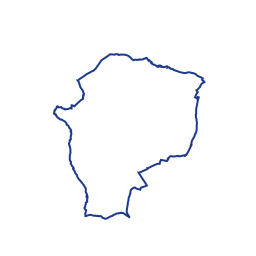 the district of Loamnes, Sibiu, Romania, rotated 140°
{"feature_id": "2599482B40985345258725", "entity_name": "Loamnes", "entity_type": "district", "adm_level": 2, "iso_a3": "ROU", "parent_name": "Romania", "parent_adm1": "Sibiu", "projection": "albers", "projection_center": [24.042, 45.956], "detail": "fine", "context": "isolated", "style": "outline", "palette": "blue", "viewbox_px": 256, "rotation_deg": 140, "n_neighbors": 0, "source": "geoboundaries", "source_scale": "gbopen_adm2", "svg_char_len": 5613}
<svg xmlns="http://www.w3.org/2000/svg" viewBox="0 0 256 256"><g transform="rotate(140 128 128)"><path d="M174.7,187.2L175.5,186.5L175.5,186.4L175.3,185.8L174.7,185.2L174.6,184.9L174.7,184.3L175.1,184.0L175.0,183.6L175.1,183.1L175.0,182.5L175.3,181.6L175.1,181.4L175.2,181.1L175.0,180.8L174.7,179.7L174.8,179.2L174.6,178.7L174.4,178.3L174.2,177.7L173.4,177.1L173.2,176.3L172.5,174.6L172.2,173.4L172.1,172.4L172.2,170.9L172.5,170.4L172.9,170.0L172.2,168.2L172.3,167.6L172.8,166.4L173.0,165.8L172.9,165.2L172.7,164.8L172.9,164.0L172.9,163.2L173.0,162.9L173.5,162.1L173.8,162.1L174.2,162.3L174.3,162.2L174.4,161.6L174.7,160.6L175.0,160.0L177.9,157.9L178.1,157.5L178.6,156.6L178.9,156.2L179.5,155.9L180.3,156.1L180.7,156.0L181.4,155.0L182.0,154.6L182.4,154.5L183.3,153.9L183.9,152.9L183.9,152.2L184.8,151.0L184.7,150.5L185.4,149.6L185.6,149.0L186.3,148.1L186.5,147.8L187.2,147.2L187.5,146.5L188.0,146.0L190.3,144.4L191.0,143.3L191.9,142.5L193.4,140.4L193.4,138.9L193.5,138.5L193.9,138.2L194.5,137.9L194.6,137.7L194.7,137.4L194.7,136.9L195.1,136.1L195.3,134.5L195.2,133.4L195.4,132.4L195.5,132.1L196.3,132.1L196.6,131.1L196.5,129.7L197.3,127.4L197.4,124.9L198.0,123.7L198.5,121.4L198.5,114.5L198.7,112.4L199.0,110.5L199.1,110.4L199.0,109.4L199.3,108.7L201.2,106.5L201.7,105.6L201.7,104.9L202.3,103.6L202.2,103.5L202.3,103.2L202.8,101.9L203.0,101.7L203.1,101.8L203.3,101.9L203.5,102.3L203.8,102.3L204.1,101.8L204.1,101.2L204.2,100.9L204.1,100.3L204.8,99.8L205.0,99.8L205.4,99.3L205.9,99.0L206.1,98.7L206.5,97.8L207.3,97.7L208.0,98.0L208.4,97.9L209.2,96.8L210.2,96.3L211.0,95.7L211.6,95.1L212.5,95.0L213.1,94.1L213.1,92.8L212.9,92.1L213.0,91.7L213.7,91.5L215.2,90.1L216.0,89.7L216.1,89.4L216.5,88.9L216.9,88.2L217.2,87.9L216.2,87.3L214.1,86.5L213.0,86.0L212.0,85.0L211.7,84.6L211.2,83.5L210.6,82.8L209.8,82.3L209.4,81.9L209.3,81.5L208.9,81.1L208.7,80.8L208.4,80.6L207.8,80.4L207.7,80.1L207.4,79.8L207.4,79.5L206.8,79.1L206.6,78.9L205.7,78.2L205.2,77.4L205.3,77.0L205.2,76.6L205.2,75.9L205.0,75.2L204.5,74.6L204.1,73.5L203.6,72.9L203.0,72.6L201.2,72.1L198.6,71.6L197.3,71.1L196.9,70.8L196.3,70.8L194.6,70.6L193.5,70.1L191.7,69.7L190.1,68.9L189.8,68.8L189.6,68.7L190.0,68.7L189.1,68.1L188.0,67.7L187.8,67.4L187.4,67.2L187.3,66.8L186.4,66.1L184.4,59.0L184.1,59.2L183.6,62.6L182.9,64.6L181.9,65.7L176.3,70.6L175.8,71.2L174.1,72.3L172.6,73.9L171.3,74.6L170.0,75.3L169.1,76.0L168.3,76.3L168.1,76.7L167.4,77.2L166.8,77.9L165.3,78.7L164.5,78.9L161.5,78.4L160.9,77.7L160.6,76.3L158.2,72.9L157.7,73.3L156.7,73.8L155.9,73.8L154.3,73.1L150.6,71.8L150.2,73.4L150.0,75.3L149.5,80.1L148.7,86.2L148.6,86.9L148.4,86.7L147.1,86.3L139.5,84.1L139.0,84.2L138.9,84.6L138.7,84.4L135.5,83.6L134.4,83.4L132.4,82.8L132.1,82.8L128.7,81.7L127.5,80.9L126.8,80.2L125.3,81.3L123.3,82.4L119.4,77.7L118.1,77.9L117.5,78.2L117.7,78.5L117.2,79.0L116.6,79.0L116.2,78.8L115.3,79.1L114.0,79.2L113.1,78.8L111.8,77.1L109.7,75.7L107.4,74.4L107.0,73.3L106.9,73.2L102.9,71.2L102.7,70.3L102.5,70.0L102.2,70.0L101.3,70.5L101.1,70.1L100.8,69.9L100.5,70.0L96.8,71.2L94.6,72.3L93.6,72.7L90.5,74.1L90.8,74.5L89.5,75.1L88.9,76.0L86.8,77.3L82.7,78.8L80.7,80.1L78.8,80.7L77.0,82.1L75.6,83.5L74.2,85.3L72.0,87.5L69.5,91.4L69.3,92.3L68.9,92.9L67.9,93.9L67.6,94.7L66.7,95.0L64.3,97.9L63.3,98.9L58.1,103.1L57.4,103.9L54.1,106.0L54.6,106.9L56.1,106.0L56.9,108.4L54.7,109.6L53.3,110.2L51.4,110.9L51.5,111.6L51.3,112.9L50.8,112.7L46.6,113.1L46.3,113.4L45.8,113.5L44.6,114.2L43.3,114.5L41.5,114.4L39.9,114.0L39.8,114.3L39.8,114.7L39.9,115.1L40.0,115.5L40.2,116.0L40.2,116.7L40.3,117.3L38.8,118.0L39.2,119.1L41.2,123.3L41.4,124.1L41.5,125.7L41.7,126.3L42.1,126.9L42.8,128.1L45.5,131.5L46.0,131.9L48.8,133.2L51.2,135.9L52.6,137.9L55.2,142.4L55.6,142.7L55.8,144.3L57.3,146.1L57.2,146.5L57.5,146.8L57.5,147.2L57.5,148.1L58.8,148.7L58.4,148.9L58.1,148.8L58.3,149.0L58.4,149.8L58.5,150.0L58.5,150.3L60.8,151.1L61.5,151.7L62.4,152.7L62.4,153.5L62.8,154.3L63.4,153.7L63.7,154.0L64.0,154.8L63.4,155.3L64.0,155.9L64.5,155.7L64.7,156.1L65.1,156.2L65.3,155.4L65.7,155.4L66.2,156.1L66.2,156.9L66.4,157.6L67.4,160.1L67.8,160.2L68.3,161.6L68.4,162.3L68.5,163.2L67.6,163.2L68.1,164.9L68.1,166.0L68.2,166.4L69.0,166.4L68.7,169.6L69.4,169.8L69.4,170.1L70.5,170.5L72.6,171.1L73.2,171.4L75.0,172.8L75.1,173.1L75.2,173.3L75.6,173.2L76.0,173.6L77.3,174.2L77.5,174.6L77.8,175.0L78.0,175.3L78.3,175.6L80.1,176.3L80.5,177.2L80.8,178.3L80.8,178.7L80.7,179.3L80.8,179.6L80.8,180.5L81.5,183.3L81.9,184.1L82.5,185.1L83.0,185.7L84.0,186.9L84.6,187.3L86.2,188.8L88.3,190.0L88.3,190.9L88.6,191.3L89.9,192.4L90.8,192.7L91.5,193.1L92.9,194.6L94.1,195.6L94.2,195.9L94.6,196.0L96.2,196.0L98.6,196.3L99.2,196.4L100.7,196.5L104.9,197.0L108.7,195.8L112.7,194.8L114.2,194.3L117.2,194.1L117.7,194.1L119.4,194.7L120.5,194.8L124.9,195.8L128.6,196.0L134.1,196.7L135.0,196.5L135.3,196.6L135.8,196.5L136.0,196.7L136.2,195.0L136.3,194.4L136.6,193.8L136.7,193.2L137.2,192.6L137.4,192.2L137.5,191.6L137.8,190.6L138.3,189.9L138.5,187.3L138.6,185.9L139.1,184.5L139.6,183.6L139.6,183.2L139.6,182.6L140.2,182.3L140.6,182.3L140.8,182.2L140.8,181.9L141.2,181.7L141.1,181.3L141.2,181.2L141.9,181.4L142.4,180.8L143.2,180.0L143.6,179.2L146.1,179.6L153.4,179.3L155.1,179.0L155.9,180.8L156.3,181.5L156.6,181.7L157.1,181.2L158.7,179.2L159.0,179.5L159.0,180.1L159.4,180.4L161.9,181.1L162.4,181.6L164.0,182.5L164.3,182.7L164.4,183.0L164.2,183.4L165.2,184.6L165.8,185.6L165.8,186.2L165.6,186.8L165.7,187.0L167.0,187.7L168.2,188.9L168.0,189.6L168.0,189.8L168.3,190.0L168.6,190.1L169.1,189.8L169.1,189.7L169.9,189.3L171.7,188.7L171.8,188.9L173.7,188.3L173.8,188.1L173.9,187.6L174.7,187.2Z" fill="none" stroke="#1e3a8a" stroke-width="2"/></g></svg>